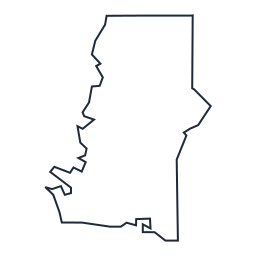 outline of Murray, Georgia, United States of America
{"feature_id": "52423323B12443829653432", "entity_name": "Murray", "entity_type": "district", "adm_level": 2, "iso_a3": "USA", "parent_name": "United States of America", "parent_adm1": "Georgia", "projection": "orthographic", "projection_center": [-84.798, 34.786], "detail": "fine", "context": "isolated", "style": "outline", "palette": "slate", "viewbox_px": 256, "rotation_deg": 0, "n_neighbors": 0, "source": "geoboundaries", "source_scale": "gbopen_adm2", "svg_char_len": 833}
<svg xmlns="http://www.w3.org/2000/svg" viewBox="0 0 256 256"><path d="M59.5,212.3L61.8,222.5L82.1,222.6L110.3,226.7L120.7,226.7L126.6,222.7L136.0,225.3L136.2,219.1L150.0,218.6L150.5,228.5L142.8,224.3L142.8,232.1L154.6,232.2L165.4,240.6L177.9,240.6L176.7,159.6L186.4,135.5L183.8,132.6L190.2,128.6L198.2,125.1L210.7,106.1L194.1,89.3L192.2,88.3L192.7,15.4L191.1,15.6L144.4,15.6L142.8,15.6L122.4,15.7L107.7,15.8L107.2,15.9L106.6,15.8L105.1,24.6L95.3,40.7L91.9,54.5L100.4,63.7L96.2,66.0L102.8,77.4L99.7,85.8L91.9,86.5L89.0,102.5L82.6,112.3L84.2,116.2L94.0,119.6L82.7,128.8L77.5,126.2L80.3,142.6L86.6,148.6L85.1,155.4L78.4,158.0L85.7,162.1L81.7,171.6L73.5,167.5L70.0,172.8L54.3,166.8L50.2,171.9L71.0,187.7L71.0,193.1L64.8,194.8L60.9,186.1L52.0,189.1L45.3,187.1L53.3,194.8L59.5,212.3Z" fill="none" stroke="#1e293b" stroke-width="2"/></svg>